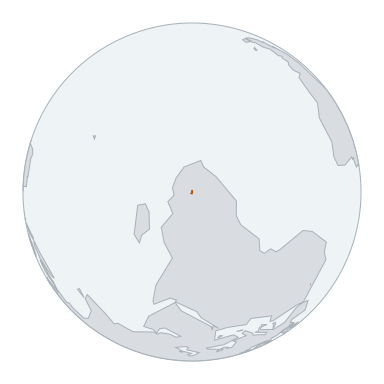 globe centered on South-East, rotated 162°
{"feature_id": "BWA-2648", "entity_name": "South-East", "entity_type": "District", "adm_level": 1, "iso_a3": "BWA", "parent_name": "Botswana", "parent_adm1": "", "projection": "orthographic", "projection_center": [25.773, -25.011], "detail": "fine", "context": "on_globe", "style": "filled", "palette": "amber", "viewbox_px": 384, "rotation_deg": 162, "n_neighbors": 0, "source": "natural_earth", "source_scale": "10m", "svg_char_len": 4650}
<svg xmlns="http://www.w3.org/2000/svg" viewBox="0 0 384 384"><g transform="rotate(162 192 192)"><circle cx="192" cy="192" r="169" fill="#eef3f6" stroke="#a8b0b8"/><path d="M25.2,164.8L25.2,167.3L27.8,164.9L28.3,169.8L27.7,174.7L29.3,173.4L29.3,176.1L38.1,170.4L44.9,172.1L46.2,181.6L43.5,196.6L48.0,223.0L45.1,237.9L49.0,248.9L54.9,267.8L52.5,271.4L58.0,276.5L60.7,282.9L60.4,286.2L64.6,291.1L64.6,293.4L67.6,294.9L73.9,304.0L79.3,307.5L85.5,314.4L89.0,316.2L89.1,317.1L90.8,319.1L93.0,320.6L90.4,321.2L82.6,316.3L78.4,312.3L78.3,313.0L68.6,303.0L70.8,306.0L59.1,293.7L50.5,281.7L33.8,250.7L32.0,246.3L31.9,246.0L28.1,232.9L25.3,219.5L23.6,205.9L23.0,192.2L23.6,178.5L25.2,164.8ZM96.8,321.1L91.6,321.8L93.6,321.0L89.8,317.0L94.4,317.6L96.8,321.1ZM87.8,310.1L86.4,306.7L87.6,306.9L88.8,309.3L87.8,310.1ZM186.9,23.1L181.3,23.5L179.8,23.8L181.8,23.9L175.8,25.7L170.7,26.4L169.2,25.1L161.7,26.4L163.8,25.5L168.6,24.7L186.9,23.1ZM204.9,23.5L206.5,23.7L206.3,23.6L218.6,25.1L230.7,27.5L242.7,30.8L254.4,35.0L265.7,40.0L276.7,45.8L287.2,52.4L297.2,59.8L306.6,67.8L315.4,76.6L323.5,86.0L331.0,95.9L337.6,106.3L343.5,117.3L348.6,128.6L355.3,148.7L356.4,153.0L356.2,156.1L355.5,152.6L350.2,137.7L351.9,147.3L356.0,161.5L357.5,174.3L355.5,166.9L353.6,155.6L351.7,150.0L350.4,141.1L345.2,125.6L343.0,124.4L341.4,119.3L333.9,105.6L329.8,103.9L324.4,110.2L326.6,123.3L323.4,127.0L312.2,103.7L306.8,90.7L303.0,90.0L291.3,77.3L271.8,70.7L268.8,67.5L265.2,67.8L256.9,63.6L252.2,58.8L247.3,58.2L259.7,71.0L265.0,72.0L269.0,68.8L271.5,73.3L279.5,79.1L271.5,87.3L242.2,92.1L239.0,82.4L215.0,57.7L215.5,55.5L215.4,55.2L215.1,54.8L213.2,58.3L209.0,54.2L222.1,69.6L224.5,76.8L241.7,92.6L240.2,94.0L245.7,97.8L262.7,97.0L262.9,100.2L255.0,114.7L231.1,135.2L234.1,152.7L232.1,168.0L216.9,177.4L217.9,190.3L210.0,194.6L209.3,202.1L202.8,210.2L192.0,218.2L174.0,219.3L173.1,212.1L164.4,199.2L152.5,169.6L157.3,155.6L155.7,145.8L142.7,126.7L145.6,115.2L142.0,111.3L134.7,113.6L130.6,109.2L126.2,110.0L98.4,121.1L89.9,117.4L79.7,102.9L84.7,93.9L85.6,86.2L119.9,53.2L127.3,52.2L154.4,44.6L157.8,44.8L154.6,49.6L175.0,53.5L181.5,49.1L199.9,52.2L212.2,52.6L216.4,44.2L196.4,43.3L192.9,39.5L208.9,36.9L226.4,39.0L225.6,37.7L214.5,33.9L218.5,32.4L210.7,32.6L213.9,34.0L209.0,34.4L205.8,33.2L207.3,32.6L202.1,31.9L196.1,35.8L198.7,37.6L184.9,38.6L188.0,41.9L184.2,43.7L177.7,38.9L178.3,37.1L166.2,33.7L164.3,35.5L175.6,39.1L172.1,39.0L169.6,42.3L168.7,39.7L156.9,36.1L144.4,39.3L128.5,49.9L121.2,52.6L115.1,53.1L120.9,44.8L136.5,39.9L138.8,37.6L135.6,36.3L140.6,35.2L141.3,34.2L147.2,32.8L155.5,29.5L161.5,28.4L164.8,26.4L168.4,25.7L165.4,27.0L166.6,27.5L181.5,26.1L184.4,25.6L185.3,24.6L189.3,24.7L188.3,23.9L196.9,23.7L185.6,23.6L186.4,23.2L191.2,23.0L204.9,23.5ZM108.3,66.5L107.4,68.7L108.3,66.5ZM245.2,46.7L255.5,49.3L250.3,43.7L253.8,44.4L250.7,42.5L249.9,43.4L242.3,38.6L246.5,38.5L244.9,36.9L241.4,36.0L234.9,37.0L245.7,43.5L243.6,44.8L245.2,46.7ZM138.9,32.3L140.9,31.9L138.6,33.1L131.0,35.8L134.2,34.0L138.9,32.3ZM144.3,31.3L144.9,30.0L149.7,28.7L146.9,29.5L150.0,28.8L146.3,30.1L150.2,30.7L148.5,31.8L135.4,35.4L140.6,33.4L138.4,33.7L144.3,31.3ZM161.6,42.8L164.3,42.6L168.4,42.0L166.9,44.3L161.6,42.8ZM153.4,40.2L155.8,39.6L155.7,42.1L153.0,42.4L153.4,40.2ZM157.2,37.4L155.9,39.4L155.0,38.5L157.2,37.4ZM167.6,26.6L170.2,26.1L170.4,26.3L169.0,26.9L167.6,26.6ZM213.0,45.4L209.5,46.8L207.6,45.9L209.2,45.5L213.0,45.4ZM187.0,44.7L192.9,45.7L186.6,45.3L187.0,44.7ZM268.4,272.5L268.6,275.9L266.4,275.2L268.4,272.5ZM260.1,169.6L247.7,196.2L240.0,195.2L239.0,186.4L243.9,169.8L253.1,166.5L257.7,159.8L260.1,169.6ZM357.7,225.0L358.4,221.4L357.9,224.0L357.7,225.0ZM359.1,216.1L358.7,219.3L358.8,217.2L359.1,216.1ZM359.2,214.2L358.0,203.5L357.0,197.5L357.7,195.7L359.2,203.0L359.2,214.2ZM357.5,195.3L355.5,181.8L349.6,152.5L351.8,155.7L357.3,176.9L357.0,178.6L358.3,188.2L357.5,195.3ZM360.9,197.3L360.5,203.2L360.3,196.7L359.9,192.9L359.8,182.4L359.9,179.0L360.3,181.3L360.4,178.5L360.9,197.3ZM327.3,124.9L331.0,134.9L328.9,134.9L327.3,124.9ZM329.0,290.9L330.8,288.3L330.2,282.3L331.7,277.3L335.0,273.6L343.6,256.7L343.4,258.1L348.0,248.2L350.5,249.5L352.4,245.0L347.9,257.1L342.5,268.9L336.1,280.2L329.0,290.9Z" fill="#d9dde1" stroke="#a8b0b8" stroke-width="1"/><path d="M193.1,191.0L192.6,191.1L192.4,191.2L192.3,191.3L192.3,191.5L192.2,191.7L192.2,191.9L192.2,192.0L192.0,192.4L191.8,192.9L191.7,193.3L191.4,193.2L191.7,192.1L191.6,191.7L191.8,191.3L192.2,190.9L192.2,191.0L192.3,191.1L192.5,191.1L192.6,190.9L192.7,190.7L192.9,190.8L193.0,190.9L193.1,191.0L193.1,191.0ZM191.8,192.5L191.7,192.5L191.8,192.7L191.8,192.5Z" fill="#f59e0b" stroke="#b45309" stroke-width="1.5"/></g></svg>